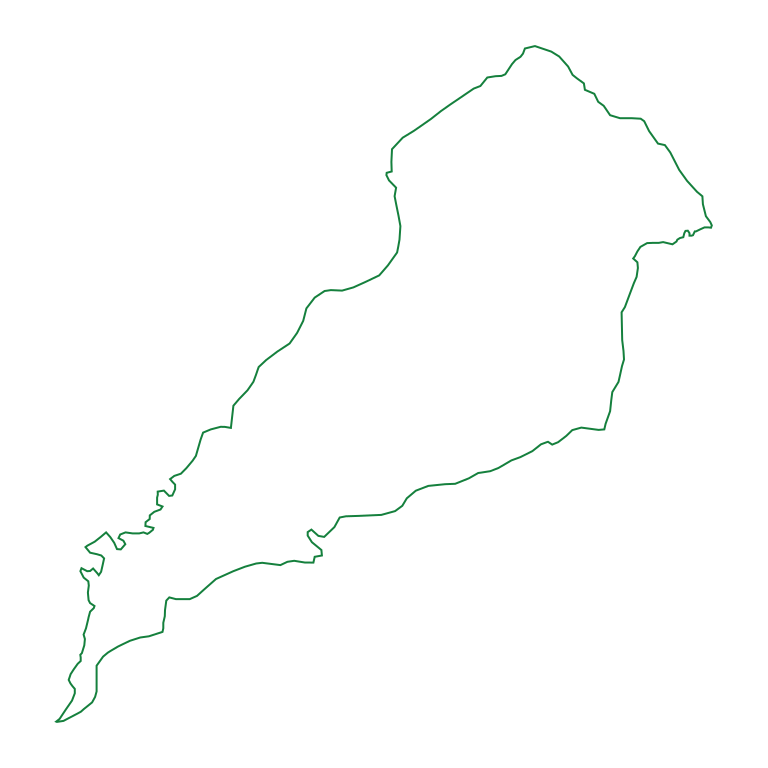 Wedjah, Sinoe, Liberia
{"feature_id": "62588387B38040387852125", "entity_name": "Wedjah", "entity_type": "district", "adm_level": 2, "iso_a3": "LBR", "parent_name": "Liberia", "parent_adm1": "Sinoe", "projection": "orthographic", "projection_center": [-8.85, 5.295], "detail": "fine", "context": "isolated", "style": "outline", "palette": "green", "viewbox_px": 768, "rotation_deg": 0, "n_neighbors": 0, "source": "geoboundaries", "source_scale": "gbopen_adm2", "svg_char_len": 3872}
<svg xmlns="http://www.w3.org/2000/svg" viewBox="0 0 768 768"><path d="M56.2,721.6L56.9,721.9L63.5,720.9L68.4,718.3L77.6,713.5L80.9,711.7L83.9,709.0L92.1,702.4L95.1,696.9L96.6,691.4L96.6,679.8L96.6,671.6L96.6,665.7L99.1,662.2L103.1,656.6L107.9,652.6L110.6,650.9L117.9,646.6L122.6,644.3L129.9,640.8L140.2,637.5L148.9,636.3L162.5,631.9L163.3,628.3L163.3,625.3L163.3,622.8L164.8,616.2L165.0,610.2L166.3,600.6L169.3,597.4L175.8,599.1L189.8,599.1L197.0,595.9L198.0,595.0L203.3,590.2L206.8,587.1L216.0,579.0L233.3,571.2L245.0,566.7L256.2,563.5L262.2,562.8L280.4,565.1L287.4,561.8L294.2,560.8L304.7,562.5L313.4,562.6L314.7,556.8L321.9,555.5L321.4,550.0L311.9,542.2L307.7,535.6L307.7,532.1L311.4,529.6L318.4,535.9L324.2,536.9L334.4,527.1L339.7,517.5L345.9,516.3L355.4,516.0L358.6,515.9L381.3,514.9L395.1,511.1L402.3,505.8L406.8,498.3L415.8,490.7L428.3,485.9L445.1,484.2L455.2,483.8L468.9,478.3L478.2,473.0L481.1,472.6L486.9,471.7L490.2,471.2L498.4,468.0L511.4,460.4L520.4,457.1L530.0,452.3L532.4,451.1L541.0,444.3L547.0,442.1L548.0,441.8L552.2,444.6L558.1,442.2L566.3,435.9L572.3,430.1L581.3,427.6L598.6,429.9L604.3,429.4L604.6,428.1L605.6,423.8L610.1,411.2L611.3,399.9L612.3,392.1L618.5,381.9L619.7,376.6L622.0,366.1L624.0,359.5L623.5,351.0L622.2,340.1L621.6,312.3L624.9,307.1L629.9,293.7L633.9,283.1L636.6,276.9L637.9,268.0L637.4,262.3L633.2,258.5L634.9,256.2L637.4,251.4L640.4,246.9L647.1,243.1L652.1,242.9L658.6,242.9L663.1,242.1L672.5,244.3L676.5,241.5L677.3,239.7L680.0,238.0L683.3,237.2L684.3,233.2L685.5,230.9L687.8,230.7L689.5,233.2L689.5,235.7L691.5,235.7L693.0,235.2L694.8,231.4L696.0,231.4L700.5,229.2L704.5,227.4L708.3,227.4L711.0,227.7L711.8,225.4L710.3,222.1L705.9,216.2L702.9,204.2L702.4,196.3L697.0,191.8L687.1,180.9L679.2,169.9L670.3,152.5L664.9,145.1L658.0,143.6L649.1,131.1L644.2,121.2L640.7,118.7L631.8,118.2L620.0,118.2L610.1,115.2L603.7,105.8L598.2,101.8L594.3,93.8L584.9,89.8L583.9,83.4L577.0,78.4L572.6,74.9L568.1,66.5L559.2,56.5L551.3,51.6L535.0,46.1L534.0,46.3L530.3,47.2L524.9,48.5L523.0,53.6L520.5,56.8L515.5,60.0L512.0,64.1L505.3,74.3L501.5,75.9L495.5,76.2L487.3,77.5L480.4,86.0L473.7,88.6L469.0,91.8L450.3,104.5L441.2,110.9L430.9,119.0L414.1,130.7L402.7,137.7L392.0,149.2L391.4,161.9L391.7,171.5L386.7,172.8L386.4,175.1L389.0,180.4L396.1,187.7L394.6,196.2L396.3,204.9L398.5,215.7L400.4,226.1L399.6,238.0L399.5,239.6L398.3,246.4L397.1,252.5L387.9,265.4L387.2,266.2L379.2,275.4L364.7,282.3L359.8,284.5L353.4,287.4L342.1,290.6L330.8,290.1L326.9,290.7L324.6,291.0L314.7,297.6L306.4,308.4L303.2,320.9L297.1,332.9L289.6,343.5L277.3,351.6L266.2,360.0L258.7,367.0L257.7,369.8L256.0,374.8L253.4,381.8L247.5,390.3L239.1,399.0L238.6,399.6L233.4,405.7L230.9,427.9L224.9,426.9L220.7,426.8L210.8,429.4L203.1,432.6L200.6,439.6L195.9,455.9L193.5,459.4L192.7,460.6L186.5,468.0L180.9,473.7L174.3,475.9L170.1,479.1L172.3,481.7L175.1,484.6L175.1,489.3L172.3,495.5L169.1,495.9L163.9,490.6L157.7,491.6L157.8,494.8L157.1,497.6L157.1,504.4L162.5,506.5L160.5,509.5L156.2,511.1L154.3,511.8L149.8,515.4L149.7,519.0L145.6,522.2L145.4,526.0L153.5,527.9L152.9,529.8L149.2,532.8L147.3,533.9L143.5,532.4L139.2,533.4L132.6,533.4L125.5,532.4L120.2,534.5L118.5,538.1L123.4,540.7L125.3,544.2L120.8,549.4L117.0,549.1L114.2,542.8L110.3,537.1L106.1,532.4L104.2,534.0L100.9,536.8L94.7,541.7L87.3,545.7L85.5,547.1L90.1,552.7L96.9,554.2L101.3,555.5L104.1,558.4L102.5,565.7L101.1,571.8L98.8,575.2L97.1,573.0L93.1,568.5L90.1,571.0L87.2,571.2L81.5,568.2L80.7,570.3L80.4,571.2L83.7,577.6L88.3,581.3L88.8,585.5L87.9,592.6L88.6,600.2L90.1,603.1L94.5,606.0L93.8,608.1L90.1,611.7L88.8,616.5L88.6,617.2L88.2,619.2L86.0,628.3L83.6,634.6L84.9,639.0L84.3,645.3L81.9,653.1L80.3,654.8L80.7,657.5L80.7,661.0L77.7,663.8L73.7,669.4L70.6,674.2L70.0,676.1L68.7,679.9L70.5,683.5L72.5,686.2L74.8,688.9L74.8,693.3L72.0,700.6L65.9,709.4L59.6,718.9L56.2,721.6Z" fill="none" stroke="#15803d" stroke-width="2"/></svg>